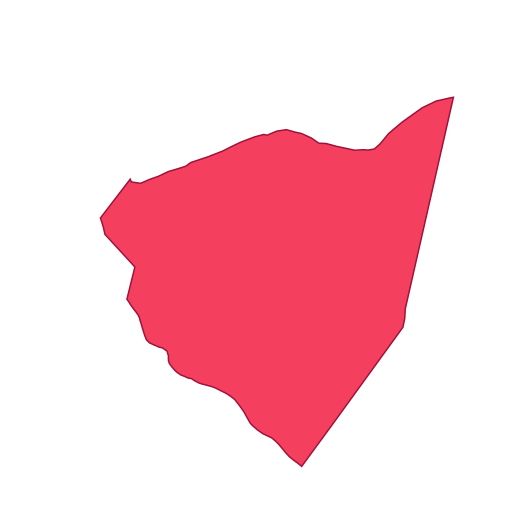 Lezy, Micoud, Saint Lucia, rotated 12°
{"feature_id": "8701671B57914873676078", "entity_name": "Lezy", "entity_type": "district", "adm_level": 2, "iso_a3": "LCA", "parent_name": "Saint Lucia", "parent_adm1": "Micoud", "projection": "equal_earth", "projection_center": [-60.94, 13.804], "detail": "fine", "context": "isolated", "style": "filled", "palette": "rose", "viewbox_px": 512, "rotation_deg": 12, "n_neighbors": 0, "source": "geoboundaries", "source_scale": "gbopen_adm2", "svg_char_len": 1837}
<svg xmlns="http://www.w3.org/2000/svg" viewBox="0 0 512 512"><g transform="rotate(12 256 256)"><path d="M148.2,334.1L149.7,335.2L151.3,336.7L153.2,338.5L154.7,340.5L156.0,343.1L156.4,343.8L158.3,347.1L160.0,350.4L161.9,353.8L162.6,355.0L164.0,357.4L165.6,359.8L166.3,360.7L167.4,361.5L169.8,363.1L174.4,364.1L177.9,364.8L180.0,365.3L183.4,365.3L188.7,367.5L190.0,369.9L191.1,371.9L191.4,373.5L192.1,376.5L193.6,379.1L194.1,379.6L196.7,381.9L198.9,383.6L199.8,384.3L200.4,384.7L202.9,386.2L204.9,387.0L206.8,387.9L211.5,388.7L213.6,389.2L215.4,389.5L218.6,389.4L221.4,390.6L226.2,392.0L227.6,392.2L230.3,392.5L232.6,392.5L234.5,392.6L240.2,393.0L243.6,393.5L244.3,393.7L250.5,395.3L254.7,396.4L256.1,396.8L260.6,398.6L264.9,400.7L269.6,404.6L274.1,408.6L277.2,411.6L277.8,412.3L280.6,415.6L282.7,418.0L285.1,420.7L287.0,422.0L288.1,422.8L293.8,425.9L299.7,428.4L309.1,430.6L313.6,433.0L317.4,435.5L319.2,436.9L321.8,438.9L326.0,442.3L330.7,445.6L335.9,448.2L340.0,450.0L341.1,450.6L344.4,452.3L365.1,406.4L414.5,295.2L414.5,286.5L413.7,281.2L413.0,276.8L416.1,59.7L412.9,61.0L404.6,64.9L400.1,66.9L395.2,70.7L387.8,76.4L379.9,85.0L378.6,86.5L375.8,89.5L371.1,94.7L369.3,97.0L364.1,103.6L363.2,104.8L360.1,108.9L355.7,117.5L353.9,120.8L349.5,126.7L343.8,129.0L342.2,129.3L339.4,129.6L330.6,132.0L312.6,132.0L301.2,131.4L298.6,131.8L294.1,132.6L285.4,129.0L274.8,126.7L268.6,126.7L264.1,126.4L259.4,126.1L250.2,129.6L241.8,135.5L238.3,135.5L230.0,139.7L219.7,146.3L217.2,148.0L214.9,149.7L208.0,155.1L201.4,160.4L195.1,164.5L187.8,169.3L182.0,172.7L172.8,178.1L168.4,182.9L162.3,186.4L152.6,191.7L143.7,198.5L136.3,203.0L128.0,208.9L121.5,209.3L118.7,209.5L117.0,207.0L95.9,251.2L98.1,254.9L100.7,259.6L103.8,266.3L139.8,291.9L138.7,325.1L140.9,327.1L143.5,329.8L148.2,334.1Z" fill="#f43f5e" stroke="#9f1239" stroke-width="1.5"/></g></svg>